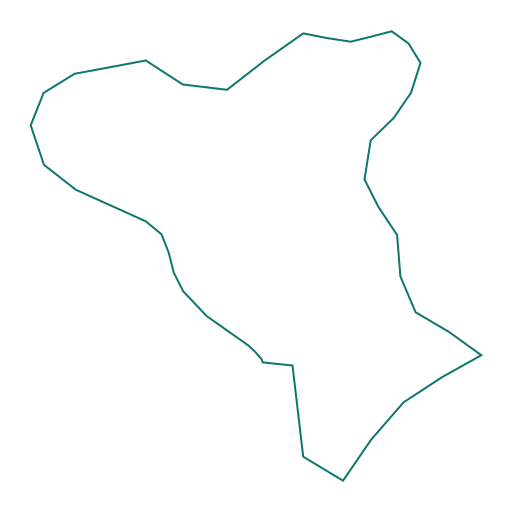 an SVG outline of Qubadli
{"feature_id": "AZE-1736", "entity_name": "Qubadli", "entity_type": "District", "adm_level": 1, "iso_a3": "AZE", "parent_name": "Azerbaijan", "parent_adm1": "", "projection": "orthographic", "projection_center": [46.627, 39.307], "detail": "fine", "context": "isolated", "style": "outline", "palette": "teal", "viewbox_px": 512, "rotation_deg": 0, "n_neighbors": 0, "source": "natural_earth", "source_scale": "10m", "svg_char_len": 646}
<svg xmlns="http://www.w3.org/2000/svg" viewBox="0 0 512 512"><path d="M262.7,362.4L261.5,359.1L254.9,351.6L248.5,345.6L206.8,316.2L183.2,291.3L173.8,272.7L168.7,252.6L161.5,234.3L145.9,221.4L75.9,189.8L44.0,164.9L30.7,125.3L43.6,92.9L74.5,73.8L145.8,60.5L182.8,84.5L227.0,89.8L264.9,60.3L303.3,33.4L327.2,38.1L350.8,41.7L371.3,36.6L391.7,31.3L408.6,43.5L415.3,54.5L420.5,62.8L417.4,72.7L411.0,92.8L393.7,118.0L370.7,140.3L364.5,179.4L378.4,206.9L397.1,235.0L400.4,276.5L415.6,312.3L449.1,332.0L481.3,355.2L441.8,377.3L403.6,402.3L371.1,439.7L343.0,480.7L303.2,456.7L292.5,365.5L262.7,362.4Z" fill="none" stroke="#0f766e" stroke-width="2"/></svg>